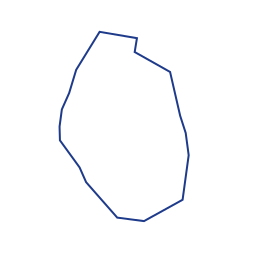 the border of Juršinci, rotated 317°
{"feature_id": "SVN-1042", "entity_name": "Juršinci", "entity_type": "Municipality", "adm_level": 1, "iso_a3": "SVN", "parent_name": "Slovenia", "parent_adm1": "", "projection": "equal_earth", "projection_center": [15.978, 46.485], "detail": "fine", "context": "isolated", "style": "outline", "palette": "blue", "viewbox_px": 256, "rotation_deg": 317, "n_neighbors": 0, "source": "natural_earth", "source_scale": "10m", "svg_char_len": 366}
<svg xmlns="http://www.w3.org/2000/svg" viewBox="0 0 256 256"><g transform="rotate(317 128 128)"><path d="M65.7,123.8L69.8,90.6L78.9,80.3L92.3,69.3L108.8,62.3L129.8,50.1L172.8,38.3L195.8,68.4L184.7,77.0L197.0,115.7L174.5,154.6L166.8,171.0L153.8,189.3L119.0,217.7L76.2,207.0L59.0,186.2L60.4,139.1L65.7,123.8Z" fill="none" stroke="#1e3a8a" stroke-width="2"/></g></svg>